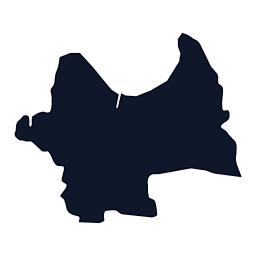 the border of South Tipperary
{"feature_id": "IRL-5572", "entity_name": "South Tipperary", "entity_type": "County", "adm_level": 1, "iso_a3": "IRL", "parent_name": "Ireland", "parent_adm1": "", "projection": "mercator", "projection_center": [-7.948, 52.469], "detail": "fine", "context": "isolated", "style": "filled", "palette": "ink", "viewbox_px": 256, "rotation_deg": 0, "n_neighbors": 0, "source": "natural_earth", "source_scale": "10m", "svg_char_len": 2501}
<svg xmlns="http://www.w3.org/2000/svg" viewBox="0 0 256 256"><path d="M240.6,176.3L214.4,172.8L205.7,169.7L191.0,167.6L158.8,173.4L152.7,173.5L151.1,174.0L149.5,175.0L147.7,177.6L147.1,179.9L146.8,181.8L147.2,184.6L147.3,192.4L148.2,197.7L148.8,198.4L152.4,199.9L153.4,200.5L154.2,201.4L154.7,202.5L155.0,203.7L155.5,206.3L156.0,209.2L156.5,214.7L154.9,215.9L151.8,216.7L122.9,213.6L120.6,212.8L119.1,211.9L117.4,210.3L115.8,209.8L113.4,209.4L106.4,210.0L104.5,210.8L103.5,213.0L103.2,214.7L103.2,216.3L103.5,219.1L103.5,220.5L101.3,221.6L99.2,222.3L79.7,221.5L80.3,218.4L80.2,217.4L79.6,216.0L72.9,214.1L69.6,212.3L68.4,210.9L67.3,208.8L66.2,204.0L64.7,199.2L61.0,195.8L66.7,188.0L67.1,186.5L67.4,184.6L66.7,183.7L65.8,182.9L64.6,182.3L63.5,181.6L62.4,180.4L62.6,178.1L64.7,169.4L64.5,167.0L63.7,165.6L57.6,165.2L55.9,163.8L54.1,161.2L51.3,154.8L49.6,152.1L48.1,150.5L44.0,150.9L42.3,150.5L33.6,142.3L31.8,141.0L30.1,140.5L27.4,140.8L26.0,140.7L23.5,139.9L21.5,139.6L20.5,139.6L20.4,139.7L19.7,139.4L18.5,138.7L16.0,136.3L15.4,134.6L15.4,133.3L16.4,130.6L16.7,126.7L16.9,125.1L17.3,123.8L17.8,122.6L18.5,121.7L21.1,119.4L23.1,117.0L23.6,116.5L24.4,116.1L25.5,115.9L26.6,116.2L27.5,116.5L28.0,117.0L28.2,117.4L28.4,118.2L28.5,119.4L28.6,120.9L28.5,124.8L28.8,126.3L29.5,127.2L30.7,127.5L31.8,126.6L32.5,124.7L32.5,120.3L32.7,117.2L33.0,116.9L36.5,114.6L39.9,113.1L42.5,112.5L43.9,112.5L46.3,113.2L47.6,113.3L48.7,113.2L49.7,112.8L50.2,112.5L50.6,112.0L50.9,111.5L51.4,110.5L52.0,108.0L52.3,105.8L52.4,103.0L52.4,97.6L52.0,94.4L51.3,91.0L51.6,89.4L52.2,88.2L53.7,86.6L54.4,85.0L55.1,82.8L55.9,75.7L56.3,73.7L58.6,67.6L59.3,64.2L60.4,57.6L70.5,53.7L79.6,53.7L91.8,67.0L107.0,85.5L111.0,90.3L117.9,94.8L115.5,107.0L115.7,108.7L116.6,109.1L117.8,108.7L118.6,107.4L121.7,94.3L125.0,96.2L136.3,97.0L150.9,91.2L167.6,81.4L179.8,61.9L181.2,53.4L178.7,46.3L178.6,39.3L182.6,33.7L187.4,35.6L188.6,36.2L192.5,39.0L196.9,41.4L197.7,42.2L198.5,43.1L199.9,45.3L210.3,66.8L216.5,74.1L217.0,75.4L217.4,77.2L217.4,82.3L217.9,84.0L219.1,85.0L221.4,86.6L222.1,88.0L222.3,90.0L222.2,93.6L221.3,102.4L221.6,108.3L222.0,109.8L222.6,110.9L224.0,111.5L227.5,110.9L228.3,111.7L228.7,112.8L228.8,115.6L228.7,116.7L228.6,117.6L228.2,118.4L227.7,119.3L225.9,120.9L222.7,122.8L221.2,124.3L220.5,125.2L220.1,126.3L220.2,127.5L221.3,128.6L225.5,131.5L227.0,133.2L228.3,135.2L234.7,141.9L235.4,143.6L235.9,145.8L235.7,152.9L235.3,156.5L235.1,159.6L236.0,164.3L240.6,176.3Z" fill="#0f172a" stroke="#020617" stroke-width="1.5"/></svg>